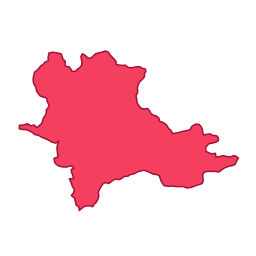 Rio Pomba, Minas Gerais, Brazil, rotated 87°
{"feature_id": "56859067B26609044330298", "entity_name": "Rio Pomba", "entity_type": "district", "adm_level": 2, "iso_a3": "BRA", "parent_name": "Brazil", "parent_adm1": "Minas Gerais", "projection": "robinson", "projection_center": [-43.171, -21.234], "detail": "fine", "context": "isolated", "style": "filled", "palette": "rose", "viewbox_px": 256, "rotation_deg": 87, "n_neighbors": 0, "source": "geoboundaries", "source_scale": "gbopen_adm2", "svg_char_len": 2938}
<svg xmlns="http://www.w3.org/2000/svg" viewBox="0 0 256 256"><g transform="rotate(87 128 128)"><path d="M161.1,24.0L162.1,26.3L161.8,30.2L160.5,34.5L161.5,38.4L161.5,41.7L157.9,42.0L158.1,46.3L155.7,51.1L152.2,51.7L149.6,49.8L147.9,47.9L147.4,44.0L146.7,40.7L145.1,38.2L142.3,38.4L140.4,40.0L139.8,43.9L138.2,46.0L138.4,49.0L138.8,52.8L136.2,53.7L133.4,53.7L130.5,54.9L128.2,56.7L127.6,60.1L129.5,63.9L132.9,66.1L133.8,69.7L134.2,73.3L134.9,76.1L135.6,80.2L135.8,83.8L132.6,85.2L130.5,87.6L127.8,88.8L126.0,90.4L124.2,92.9L122.9,96.2L119.7,96.6L117.6,98.8L116.6,101.7L115.1,104.1L112.8,105.1L109.5,107.3L109.9,110.6L109.1,113.7L106.6,115.8L103.0,117.7L99.4,117.8L96.0,118.4L94.0,116.8L91.8,116.4L88.4,116.5L85.4,115.5L82.7,114.1L80.2,111.2L77.7,108.9L74.4,108.6L72.6,107.2L70.1,107.5L69.2,110.6L67.5,112.9L67.2,116.1L67.8,119.1L68.1,122.0L67.2,125.1L65.1,127.4L65.2,130.6L64.7,133.5L63.8,136.6L61.2,136.4L58.4,138.3L56.1,140.4L53.9,142.1L51.1,143.7L49.9,146.7L51.0,150.3L51.4,153.2L52.2,156.6L54.5,159.2L56.4,161.5L55.8,164.5L53.1,167.0L51.6,169.7L54.2,171.3L57.5,170.9L60.0,170.6L62.6,170.9L65.2,173.0L66.6,175.4L68.6,177.3L68.5,180.9L65.9,182.2L63.8,183.6L63.3,186.8L61.1,187.6L58.2,187.1L55.8,189.4L52.8,190.1L50.4,191.0L49.6,193.6L49.0,196.5L48.4,199.1L49.0,203.1L53.5,204.1L56.7,204.1L57.8,207.3L59.9,209.3L61.5,212.0L63.6,213.8L65.6,215.8L67.4,218.5L70.2,219.3L73.5,220.1L77.0,220.1L79.5,219.5L82.3,218.0L86.8,217.2L89.3,215.5L91.3,214.2L92.4,211.8L93.9,207.5L97.1,207.4L99.3,206.4L101.4,205.5L103.7,206.9L105.6,208.6L108.5,208.8L111.1,209.8L113.2,211.8L116.0,212.7L119.1,214.1L121.1,216.6L122.9,218.8L120.1,221.6L120.7,225.1L118.4,228.1L119.6,232.6L119.6,236.3L123.1,236.6L124.0,233.5L124.1,230.8L125.0,227.9L127.2,224.1L129.6,221.5L130.8,217.4L132.7,214.7L134.1,211.6L135.9,208.1L138.1,204.8L139.3,201.2L137.8,198.2L140.8,199.2L143.8,200.0L147.3,199.9L150.5,199.7L153.0,199.3L154.6,203.5L158.2,203.1L160.7,201.4L162.6,198.6L163.5,194.9L163.8,191.5L163.2,189.0L162.9,186.1L165.2,184.2L166.5,186.8L168.9,186.8L172.2,185.7L175.5,184.9L175.8,189.1L179.6,187.7L183.6,186.5L186.5,184.8L189.7,185.7L192.5,188.1L195.1,185.2L198.4,184.5L202.0,183.9L204.5,181.2L207.6,180.9L205.6,178.0L203.9,175.5L203.6,170.6L204.7,167.4L202.4,165.9L200.8,163.8L198.0,162.0L194.6,160.7L191.8,161.0L189.4,160.6L186.1,158.6L182.7,156.2L181.2,153.4L182.5,150.2L180.6,147.4L179.0,145.3L178.5,142.3L179.1,139.0L177.5,136.3L176.0,133.8L176.1,130.6L174.7,128.2L174.1,124.6L172.1,120.1L171.6,117.3L171.0,114.2L172.4,111.0L174.0,107.7L175.5,105.3L175.8,102.3L177.1,99.5L179.9,98.5L183.3,97.5L187.3,95.2L188.4,90.7L188.2,87.4L188.7,84.8L189.2,81.7L189.3,76.1L191.0,72.1L190.5,67.5L189.3,63.9L188.2,59.9L187.3,56.9L185.1,55.7L181.8,55.8L178.1,55.8L176.0,53.8L175.5,50.7L175.6,47.5L175.9,43.3L176.7,39.6L174.8,36.8L172.9,33.7L171.4,29.0L170.9,25.4L169.9,22.9L167.0,21.5L164.0,19.4L162.1,21.1L161.1,24.0Z" fill="#f43f5e" stroke="#9f1239" stroke-width="1.5"/></g></svg>